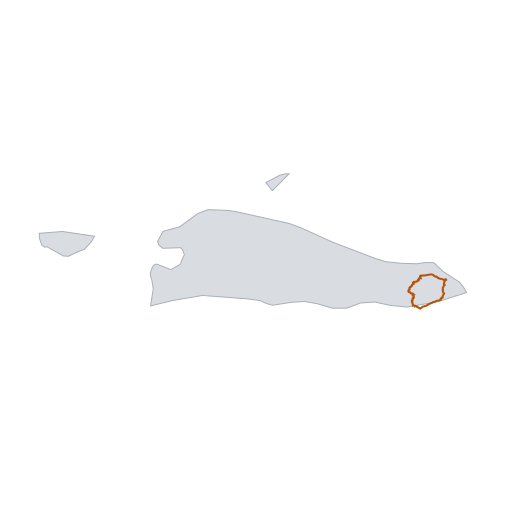 location of Lospalos, Lautém, East Timor, rotated 24°
{"feature_id": "22284137B26175223982630", "entity_name": "Lospalos", "entity_type": "district", "adm_level": 2, "iso_a3": "TLS", "parent_name": "East Timor", "parent_adm1": "Lautém", "projection": "orthographic", "projection_center": [126.99, -8.54], "detail": "fine", "context": "in_parent", "style": "outline", "palette": "amber", "viewbox_px": 512, "rotation_deg": 24, "n_neighbors": 0, "source": "geoboundaries", "source_scale": "gbopen_adm2", "svg_char_len": 5461}
<svg xmlns="http://www.w3.org/2000/svg" viewBox="0 0 512 512"><g transform="rotate(24 256 256)"><path d="M180.0,344.5L175.5,327.8L170.8,320.6L167.2,316.6L165.9,311.5L166.1,306.2L168.3,303.8L183.9,303.0L190.1,294.4L190.0,284.0L186.8,280.5L183.7,279.1L167.6,286.9L163.0,285.6L160.2,282.8L161.0,271.3L174.3,260.5L185.5,240.9L193.4,233.1L211.8,225.8L219.3,223.7L273.1,212.8L285.9,212.0L320.0,212.2L365.7,209.8L377.0,208.4L391.6,203.6L405.8,197.8L413.3,193.1L421.2,189.8L432.9,194.0L452.8,197.2L458.2,200.0L463.2,203.8L440.0,224.3L414.6,241.3L399.0,246.4L382.8,249.9L370.5,256.5L360.1,266.8L346.9,272.6L331.9,274.6L319.1,277.7L307.5,283.7L291.4,294.1L284.8,295.2L277.9,295.0L264.6,299.0L223.0,313.9L198.0,330.5L180.0,344.5ZM48.8,323.4L69.3,312.3L100.5,303.6L99.8,309.8L96.6,319.6L91.9,324.2L84.8,332.5L80.1,334.3L61.4,332.6L59.0,333.9L55.7,333.0L50.9,327.8L48.8,323.4ZM252.8,167.5L244.4,189.6L235.1,184.9L244.9,172.5L249.6,168.8L252.8,167.5Z" fill="#d9dde1" stroke="#a8b0b8" stroke-width="1"/><path d="M419.5,237.4L419.7,237.2L419.9,237.1L420.1,237.0L420.5,237.0L420.8,236.8L421.0,236.8L421.5,236.7L422.1,236.7L422.1,236.8L422.2,236.7L422.5,236.6L423.0,236.8L423.5,236.9L423.8,236.7L424.0,236.7L424.3,236.8L424.6,236.9L424.7,237.0L425.1,237.0L425.8,237.0L426.0,237.0L425.9,237.1L426.2,237.1L426.3,237.2L426.4,237.3L426.5,237.3L427.2,237.3L427.2,237.2L427.3,237.1L427.6,236.9L427.8,236.6L428.4,235.4L428.5,235.1L429.5,234.0L430.1,233.6L430.7,233.0L430.9,232.8L431.3,232.6L431.8,232.2L432.4,231.2L433.1,230.3L433.2,230.1L433.3,229.9L433.5,229.8L433.7,229.7L434.2,228.9L434.4,228.6L435.6,227.4L436.1,227.0L436.3,226.5L436.4,226.3L436.6,226.0L436.8,226.0L437.1,225.8L438.0,225.0L438.3,224.7L438.7,224.3L439.0,223.8L439.1,223.7L439.4,223.4L439.6,223.3L439.8,223.1L440.5,222.6L441.0,222.3L441.8,221.8L441.9,221.7L442.0,221.5L442.2,221.2L442.3,221.1L442.5,221.0L442.5,220.7L442.5,220.4L442.3,220.3L442.2,220.2L442.0,219.9L442.0,219.7L442.3,219.4L442.5,219.0L442.6,218.7L442.8,218.5L443.2,218.4L443.4,218.1L443.3,217.9L443.2,217.8L443.0,217.7L442.9,217.6L443.0,217.3L443.0,217.2L442.9,217.0L443.0,216.8L442.9,216.3L442.9,216.1L442.9,215.5L442.9,214.7L443.1,214.0L443.1,213.9L442.9,213.9L442.9,213.7L442.7,213.6L442.4,213.4L442.2,213.2L441.9,212.9L441.7,212.8L441.5,212.7L441.3,212.6L440.8,211.9L440.4,211.2L440.3,210.8L440.3,210.7L440.5,210.5L440.5,210.4L440.0,210.1L439.8,209.8L439.6,209.5L439.6,209.3L439.6,208.9L439.7,207.5L439.7,206.6L440.0,206.2L440.2,205.9L439.8,205.6L439.2,205.4L439.0,205.2L438.9,204.7L438.9,204.4L438.7,203.7L438.6,203.1L438.6,202.4L438.8,201.4L439.1,200.6L439.4,200.3L439.3,200.2L439.1,200.1L438.8,200.1L438.7,200.2L437.6,201.0L437.0,201.4L436.6,201.4L435.8,201.5L435.3,201.4L434.8,201.5L434.5,201.6L433.9,201.8L433.3,201.9L432.1,202.1L431.9,202.1L431.8,201.9L431.6,201.9L431.3,201.8L431.0,201.9L430.9,201.8L430.3,201.7L429.5,201.4L429.3,201.4L429.2,201.4L429.1,201.5L428.8,201.6L428.3,201.8L428.2,201.9L427.5,201.7L426.8,201.8L426.6,201.7L426.4,201.6L426.0,201.3L425.8,201.2L425.3,201.2L424.8,201.2L424.4,201.3L423.4,201.6L422.4,202.3L422.0,202.5L421.5,202.8L420.5,203.4L420.3,203.6L419.9,203.9L419.6,204.2L418.9,204.7L418.3,204.9L417.9,205.2L414.9,206.7L415.0,207.1L414.9,207.5L414.5,207.2L414.3,207.1L414.2,207.2L414.1,207.5L414.2,207.9L414.3,207.9L414.5,207.9L414.6,208.1L414.5,208.3L414.4,208.4L414.4,208.5L414.5,208.6L414.8,208.5L414.7,208.6L414.6,208.9L414.7,209.0L415.0,208.9L415.1,209.0L414.8,209.0L414.7,209.1L414.5,208.9L414.4,209.0L414.3,209.3L414.3,209.5L414.5,209.7L414.4,209.9L414.3,210.0L414.5,210.1L414.5,210.4L414.5,210.7L414.6,210.8L414.6,211.0L414.4,211.2L414.0,211.6L413.9,211.7L413.9,211.8L414.0,211.9L414.2,212.1L414.3,212.1L414.5,212.0L414.5,212.3L414.4,212.4L414.2,212.5L414.0,212.4L413.7,212.3L413.7,212.5L413.8,212.9L413.8,213.1L413.5,213.5L413.3,213.8L413.0,213.9L412.8,214.0L412.7,214.1L412.8,214.4L412.7,214.5L412.3,214.7L412.1,214.7L411.9,214.8L411.6,215.1L411.4,215.2L411.3,215.3L411.0,215.5L410.7,215.5L410.7,215.8L411.0,215.8L410.9,215.9L410.8,216.1L410.7,216.3L410.4,216.5L410.6,216.7L411.0,216.8L411.3,216.8L411.4,217.0L411.2,217.1L411.1,217.4L410.8,217.6L410.6,217.7L410.6,217.9L410.8,218.0L410.5,218.4L410.4,218.6L410.3,218.9L410.3,219.0L410.3,219.4L410.3,219.5L410.6,219.6L410.6,220.0L410.4,220.1L410.1,220.4L410.1,220.8L409.9,220.9L409.9,221.0L409.9,221.4L409.9,221.5L409.5,221.6L409.4,221.7L409.4,221.8L409.4,222.0L409.4,222.3L409.2,222.3L409.1,222.8L409.3,223.1L409.4,223.3L409.5,223.5L409.6,223.8L409.6,224.0L409.8,224.1L409.7,224.3L409.8,224.5L409.7,224.6L409.4,224.8L409.4,225.1L409.3,225.3L409.5,225.4L409.5,225.7L409.6,226.0L409.6,226.3L409.8,226.5L410.1,226.7L410.7,226.8L411.0,226.8L411.4,226.5L411.7,226.5L411.8,226.6L412.0,226.7L412.2,226.9L412.4,227.0L412.6,227.1L413.2,227.2L413.3,227.2L413.6,226.9L414.1,226.8L414.3,226.6L414.5,226.5L414.8,226.5L415.0,226.6L414.9,226.9L414.8,227.0L415.1,227.3L415.5,227.4L415.6,227.7L416.0,227.6L415.8,228.1L415.7,228.3L415.8,228.3L416.0,228.4L416.2,228.7L416.6,229.0L416.5,229.3L416.7,229.6L416.9,229.8L417.1,229.9L417.1,230.0L417.1,230.3L416.9,230.6L416.5,230.6L416.4,230.7L416.3,230.8L416.2,231.0L416.5,231.3L416.8,231.8L416.8,232.2L416.9,232.4L416.8,232.7L416.4,233.2L416.4,233.3L416.5,233.4L416.8,233.5L417.3,233.9L417.3,234.1L417.2,234.2L417.2,234.5L417.3,234.5L417.8,234.7L417.9,234.9L417.9,235.0L418.0,235.3L418.1,235.6L418.5,235.8L418.7,236.0L418.8,236.3L419.0,236.4L419.1,236.5L419.5,237.4Z" fill="none" stroke="#b45309" stroke-width="2"/></g></svg>